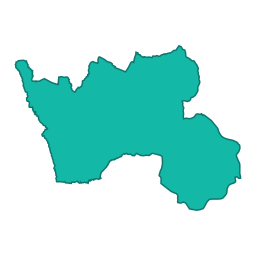 the district of San Kamphaeng, Chiang Mai, Thailand
{"feature_id": "78962969B510948306110", "entity_name": "San Kamphaeng", "entity_type": "district", "adm_level": 2, "iso_a3": "THA", "parent_name": "Thailand", "parent_adm1": "Chiang Mai", "projection": "mercator", "projection_center": [99.128, 18.733], "detail": "fine", "context": "isolated", "style": "filled", "palette": "teal", "viewbox_px": 256, "rotation_deg": 0, "n_neighbors": 0, "source": "geoboundaries", "source_scale": "gbopen_adm2", "svg_char_len": 5646}
<svg xmlns="http://www.w3.org/2000/svg" viewBox="0 0 256 256"><path d="M200.2,209.6L203.0,208.6L203.7,207.9L207.2,201.6L209.3,199.5L210.7,199.1L219.3,199.0L221.8,198.6L223.0,197.9L225.0,195.8L226.4,193.8L226.9,192.1L227.0,189.4L228.1,186.3L229.0,185.2L230.0,184.5L230.9,184.0L233.9,183.0L235.5,181.9L235.6,180.8L235.0,178.0L235.4,177.1L236.5,176.8L239.2,178.4L240.5,178.2L240.6,177.4L239.8,173.6L239.8,165.3L239.6,163.4L237.7,159.4L236.4,156.0L236.4,155.3L236.5,154.5L238.7,151.8L239.9,148.4L239.8,146.1L239.5,145.0L238.4,144.2L237.8,143.1L236.8,142.2L233.0,140.4L227.2,139.1L223.7,137.8L221.5,136.2L219.7,133.6L218.6,131.3L217.7,128.4L211.4,120.6L204.2,115.1L203.2,114.9L202.9,115.5L202.3,115.2L201.6,113.7L200.0,114.4L197.7,113.9L196.4,114.2L195.9,114.5L194.5,116.6L192.9,117.7L191.1,118.4L189.5,118.7L186.1,118.2L183.6,118.8L183.3,116.4L183.6,113.9L183.1,110.2L183.8,107.8L182.6,105.4L182.9,103.6L182.2,101.0L184.5,100.7L187.1,101.5L189.2,100.9L190.5,99.8L190.8,98.0L191.2,97.6L193.4,96.9L195.4,95.2L197.7,91.3L197.9,90.1L197.7,87.3L199.5,83.5L199.8,81.5L198.8,79.2L199.2,77.6L199.2,76.5L198.3,74.3L198.3,72.4L197.6,70.9L198.2,69.4L198.2,68.1L196.7,64.7L195.9,64.0L195.0,62.3L193.8,60.8L192.2,60.9L189.1,58.4L186.4,57.1L185.8,56.2L185.5,52.3L184.7,50.0L182.5,49.3L181.3,46.9L179.0,45.8L175.8,50.4L173.7,50.4L171.9,52.1L170.7,52.8L167.9,53.3L166.9,53.8L165.3,53.9L164.9,54.4L164.0,53.9L162.5,54.7L161.1,55.1L160.0,56.1L158.9,56.4L157.6,55.8L156.5,55.7L155.2,56.3L153.0,56.0L152.0,57.6L148.8,57.0L147.1,57.4L144.0,56.7L143.7,57.3L143.2,57.4L140.2,55.4L140.1,54.8L137.7,54.1L138.0,53.0L136.0,52.2L135.8,54.7L134.5,58.0L133.6,62.5L132.2,61.7L130.9,62.5L128.3,67.7L125.5,71.9L122.4,70.5L114.9,67.6L115.3,66.7L112.5,65.2L112.1,64.7L112.3,63.9L110.8,62.7L109.7,62.2L109.1,62.5L107.8,61.6L107.1,61.6L104.8,59.7L100.6,57.4L99.2,56.9L98.6,57.6L98.0,59.4L98.1,61.5L97.7,63.3L95.7,62.6L95.0,62.6L93.0,61.6L91.3,62.2L90.3,63.3L88.8,66.4L89.3,67.8L88.4,70.3L89.2,73.7L89.0,74.0L88.5,73.9L87.7,74.7L87.8,76.4L86.8,76.5L86.3,76.9L85.8,78.0L84.8,78.9L84.1,80.3L82.9,80.6L82.6,80.9L82.4,81.5L82.3,83.7L81.6,86.4L80.6,86.7L79.4,87.9L78.3,87.3L77.9,88.1L77.5,88.2L76.1,89.9L75.6,91.4L74.7,92.1L73.1,91.1L72.2,90.3L71.8,89.7L71.7,88.6L70.9,87.7L70.8,87.2L71.7,86.0L71.4,85.2L71.5,84.6L71.1,84.3L71.1,83.9L69.5,83.1L69.7,82.3L68.8,80.8L69.2,79.7L68.6,79.2L68.6,78.6L67.7,77.3L66.9,77.0L63.8,77.3L61.6,76.7L58.8,77.1L58.8,78.7L58.5,79.5L58.5,80.9L58.3,81.5L58.5,83.9L58.3,84.3L57.6,83.9L57.1,84.5L55.5,83.8L55.0,83.9L54.3,83.4L51.9,82.7L44.4,78.7L44.3,79.2L43.0,79.2L39.1,81.3L36.2,81.1L36.1,81.7L35.7,81.8L35.2,81.1L32.4,81.2L32.1,81.0L31.6,79.2L33.0,76.1L32.9,75.6L32.2,75.1L32.6,74.3L32.2,73.6L32.6,73.0L32.3,72.1L32.6,70.6L31.6,70.6L31.6,70.2L30.8,69.3L29.5,68.1L29.0,68.0L28.7,67.6L28.8,67.1L28.0,67.0L28.0,64.6L27.4,64.0L26.7,62.2L26.2,62.1L26.4,61.0L25.3,61.0L23.9,60.3L20.3,60.5L18.3,60.8L16.9,62.0L16.1,62.1L16.0,63.4L15.4,64.5L15.9,65.7L15.7,66.4L16.0,67.8L17.3,69.0L18.1,70.3L19.1,70.6L19.2,71.5L19.8,72.2L20.0,74.0L20.8,74.8L20.9,76.0L21.9,77.4L22.1,78.5L22.6,79.1L22.3,80.4L22.4,80.9L23.5,83.2L23.2,85.8L23.9,86.9L24.0,88.0L25.1,90.5L25.2,91.4L25.5,91.9L27.1,92.3L27.4,92.7L27.2,94.5L27.9,96.4L27.5,97.3L26.6,97.9L26.8,100.2L27.2,101.2L28.7,101.4L29.1,102.0L29.5,103.8L29.1,105.1L29.1,106.6L29.4,107.2L31.5,107.4L32.2,107.0L32.6,107.2L32.7,108.4L33.1,109.0L32.7,109.7L33.0,110.4L33.7,111.1L33.6,111.7L34.2,112.2L35.4,111.6L35.8,112.0L35.8,112.9L34.7,113.6L34.6,114.0L35.4,114.7L36.8,114.9L37.1,116.3L38.3,116.4L38.5,116.9L38.6,119.3L40.2,122.0L42.9,124.2L43.2,125.1L45.5,126.1L45.6,127.1L47.4,128.4L47.5,129.0L47.1,129.4L45.2,129.4L44.6,131.2L43.6,131.9L43.2,133.1L42.0,134.2L41.9,134.7L42.5,136.1L43.0,136.1L43.8,135.7L44.2,136.0L44.6,138.0L45.9,138.6L46.8,140.5L47.7,141.5L47.9,143.1L48.9,144.1L48.8,146.4L49.7,148.2L50.6,152.6L51.5,154.1L51.5,155.8L52.4,157.3L52.4,158.6L53.0,159.7L53.4,162.1L54.3,164.5L55.0,165.4L53.9,168.4L54.1,168.8L55.2,169.5L54.8,170.7L55.6,171.6L55.7,173.2L56.1,174.0L55.9,175.1L56.8,176.6L55.9,178.4L56.5,179.8L56.4,181.1L56.7,181.7L58.7,181.8L59.0,181.6L63.9,182.1L64.7,181.6L65.1,182.0L65.2,182.6L65.7,182.9L68.3,183.0L69.1,183.2L69.5,183.1L69.7,183.3L71.3,183.4L71.8,182.1L74.6,182.3L77.2,181.2L78.0,182.0L78.3,182.0L78.4,182.4L79.3,183.1L79.9,182.7L80.3,182.8L80.5,182.2L81.1,183.1L81.5,182.7L83.0,182.7L85.0,182.3L85.5,182.7L86.2,182.6L86.8,182.8L87.4,182.4L87.7,183.1L88.1,183.3L88.6,181.6L89.0,180.9L88.8,180.6L89.1,180.0L90.0,180.0L90.3,180.9L91.3,180.2L91.2,179.6L91.7,179.5L92.0,179.7L93.0,179.5L93.5,179.9L93.7,179.3L94.7,179.6L95.2,178.9L95.8,178.7L96.0,178.9L96.7,178.7L98.1,179.0L98.5,179.3L100.5,178.6L101.0,178.6L101.2,178.9L100.9,178.1L100.0,177.8L100.5,175.0L101.2,172.5L106.7,166.7L106.7,166.2L107.8,165.1L108.1,164.5L107.9,164.2L109.3,162.3L109.6,161.3L109.9,161.3L110.9,160.4L111.2,160.5L111.5,160.0L112.7,160.0L113.3,159.5L114.2,159.8L114.7,159.5L114.7,159.2L115.5,159.1L115.9,158.6L116.6,158.5L117.0,158.1L117.5,158.2L118.4,157.6L121.2,156.5L121.1,156.2L121.8,155.8L122.2,154.8L123.1,154.2L123.8,153.9L124.7,154.2L124.9,153.6L126.2,153.8L126.8,153.4L127.9,154.4L131.0,154.3L132.4,155.6L134.4,155.7L136.5,153.4L140.9,155.5L143.3,155.7L146.6,155.2L149.1,155.5L149.6,155.3L152.0,153.4L153.1,153.4L160.0,155.2L161.6,156.0L162.2,156.8L162.5,162.8L162.3,165.0L161.6,168.4L160.4,170.8L159.2,175.0L159.2,175.7L160.3,176.7L160.9,177.6L161.1,178.5L161.0,183.5L170.8,191.2L173.8,192.7L176.1,193.4L177.6,194.9L177.9,196.1L177.6,198.1L177.9,199.4L177.6,202.1L178.0,202.7L180.9,203.1L183.0,202.1L185.2,202.7L185.9,203.3L189.5,208.9L196.7,210.2L200.2,209.6Z" fill="#14b8a6" stroke="#0f766e" stroke-width="1.5"/></svg>